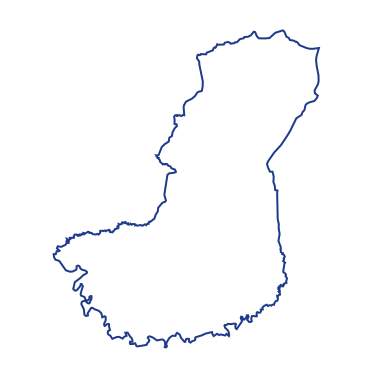 Non Khun, Si Sa Ket, Thailand (orthographic projection), rotated 262°
{"feature_id": "78962969B12242919423404", "entity_name": "Non Khun", "entity_type": "district", "adm_level": 2, "iso_a3": "THA", "parent_name": "Thailand", "parent_adm1": "Si Sa Ket", "projection": "orthographic", "projection_center": [104.683, 14.916], "detail": "fine", "context": "isolated", "style": "outline", "palette": "blue", "viewbox_px": 384, "rotation_deg": 262, "n_neighbors": 0, "source": "geoboundaries", "source_scale": "gbopen_adm2", "svg_char_len": 5847}
<svg xmlns="http://www.w3.org/2000/svg" viewBox="0 0 384 384"><g transform="rotate(262 192 192)"><path d="M316.9,337.7L317.0,331.1L317.5,328.4L318.6,325.5L322.5,318.8L325.1,317.5L326.4,316.1L326.3,315.6L327.7,313.9L328.9,310.1L331.1,309.3L332.6,307.2L338.3,305.6L339.4,304.3L338.1,296.7L333.7,290.2L333.9,285.8L334.9,279.6L337.2,277.9L341.5,276.8L342.1,275.4L339.1,272.3L337.9,269.0L338.2,265.4L337.0,264.5L336.8,260.9L334.0,257.2L334.3,255.6L333.5,254.4L333.5,251.0L334.5,250.3L335.6,248.5L335.2,245.2L333.6,244.0L334.2,238.3L334.8,237.6L331.9,235.7L331.6,235.2L332.1,234.5L331.9,234.0L330.1,232.5L329.4,232.4L327.9,226.0L326.4,225.1L327.3,219.9L326.6,219.4L326.5,218.4L327.2,217.2L326.2,216.2L323.6,215.5L320.3,217.3L317.4,217.0L300.0,218.1L294.9,217.2L290.7,215.8L290.3,212.1L289.1,210.4L286.8,208.6L284.4,204.9L282.3,198.6L279.1,196.2L277.3,195.5L269.1,195.0L269.5,193.8L268.7,192.0L269.9,190.1L269.3,188.0L269.5,187.5L270.3,187.6L270.2,185.7L269.1,184.8L265.6,184.8L262.3,184.2L261.6,184.3L261.2,186.2L259.3,186.2L257.4,183.6L253.7,181.0L250.2,179.9L248.9,177.1L245.1,175.9L243.1,171.5L240.6,168.2L233.3,164.1L232.9,163.1L233.3,161.6L230.7,162.5L230.4,163.7L229.7,163.4L227.9,164.7L226.6,164.5L223.3,167.1L223.7,167.7L223.1,169.0L223.5,169.5L223.3,171.0L222.6,171.7L221.8,171.6L220.2,174.2L218.4,174.9L216.5,178.3L214.2,178.9L213.6,177.4L213.6,171.7L212.2,170.0L193.1,164.2L187.2,165.0L186.0,163.9L185.5,161.2L181.1,156.3L177.7,155.5L174.6,152.9L170.9,151.1L168.2,146.4L168.6,145.4L167.5,144.6L166.6,144.7L166.4,142.4L165.6,142.0L166.5,140.8L165.5,138.2L166.4,136.7L166.3,133.3L166.9,131.8L167.5,131.6L167.2,131.1L167.8,131.1L168.3,130.1L168.5,128.7L168.0,127.9L169.2,126.6L168.5,125.9L168.6,124.2L169.4,123.9L169.3,124.4L169.9,124.4L169.9,122.6L170.5,121.5L170.9,122.1L171.5,122.0L171.3,119.3L170.8,119.0L171.5,118.5L170.0,117.4L169.9,116.1L170.5,115.0L169.6,115.1L168.6,113.7L168.2,114.4L166.6,114.1L166.2,113.3L166.6,112.6L165.9,111.4L166.1,110.7L164.8,109.8L163.9,108.1L163.2,107.8L163.7,105.3L165.3,105.3L166.0,104.9L166.1,104.3L165.6,103.6L165.8,101.8L165.2,101.2L166.0,100.1L165.6,98.7L166.2,97.6L166.3,95.7L164.4,95.4L162.9,93.5L163.7,92.5L163.3,90.7L164.1,87.8L165.5,86.9L165.7,84.7L166.6,84.6L167.1,83.6L165.8,80.6L166.5,78.9L165.2,79.0L165.3,78.5L165.9,78.3L165.9,77.4L165.0,76.6L164.5,75.3L164.5,73.7L165.5,74.3L165.2,72.2L166.0,71.7L166.1,69.9L164.7,68.9L163.6,68.9L163.0,68.5L163.5,66.8L162.9,65.7L163.5,65.3L163.5,64.5L162.2,64.7L161.6,63.3L162.9,61.6L162.0,61.8L161.1,61.1L160.4,63.2L158.6,62.7L159.3,60.7L157.4,59.6L155.9,55.0L156.9,51.5L155.0,50.4L152.3,52.6L151.9,51.7L152.2,49.8L149.4,48.4L149.7,46.4L146.7,46.3L144.0,47.3L142.2,51.0L132.0,56.2L130.0,60.2L129.9,62.9L131.1,66.4L131.9,67.0L134.5,67.4L135.0,68.8L134.2,70.2L132.2,70.7L130.5,72.0L128.9,75.6L127.6,76.8L126.7,76.8L126.1,76.2L124.7,72.6L122.4,69.5L119.0,63.4L112.5,60.9L110.6,62.4L110.6,64.0L114.2,68.1L116.3,69.0L116.3,69.8L113.9,70.8L107.4,67.8L105.9,67.5L104.8,67.8L103.0,70.9L100.1,71.7L99.2,72.9L99.3,74.0L100.5,75.4L102.6,75.9L103.1,77.1L102.9,77.9L101.8,78.0L99.8,77.3L96.2,75.0L96.0,74.2L96.6,73.1L99.1,71.0L99.3,70.2L98.6,67.8L97.4,67.0L96.1,66.9L91.0,68.6L85.4,68.4L84.0,69.8L84.2,71.8L86.4,71.8L91.3,76.1L91.1,77.4L89.4,79.3L87.3,83.2L84.5,85.4L80.4,85.7L81.1,88.1L80.4,89.1L76.9,88.7L73.8,86.6L71.8,86.6L71.4,87.1L72.8,89.1L73.0,90.8L72.7,91.4L69.5,91.1L66.7,91.6L65.8,89.3L63.6,88.9L62.5,89.4L61.1,91.1L57.7,92.7L58.8,96.9L58.7,99.7L56.5,102.9L58.1,104.8L58.7,107.2L61.9,106.4L61.7,108.7L57.3,110.7L55.9,111.8L53.9,112.4L52.0,112.2L52.4,109.9L51.2,109.4L50.0,109.7L49.7,112.1L50.0,114.7L47.1,115.6L46.7,116.6L46.9,125.7L48.8,126.9L49.5,128.2L50.8,129.1L54.0,127.9L54.8,128.7L54.9,130.2L53.5,132.8L49.9,136.7L50.2,141.9L49.4,143.3L46.7,144.6L45.3,144.2L43.7,144.3L42.3,143.4L41.9,144.0L41.9,144.9L42.8,145.7L44.5,145.3L46.4,145.8L50.7,149.3L52.4,152.6L51.8,155.6L53.5,156.4L54.6,157.7L52.5,160.0L49.2,160.8L44.6,163.7L44.6,164.5L47.0,165.5L47.4,167.1L46.8,168.6L44.2,168.3L43.1,169.6L44.1,171.1L44.7,174.0L45.6,174.8L46.9,174.7L47.7,175.6L48.6,181.4L49.9,185.8L50.5,192.3L48.1,192.6L46.3,193.5L48.1,197.0L46.6,198.8L46.9,200.8L45.3,204.8L46.7,206.5L44.2,208.5L45.0,208.9L47.9,208.9L49.9,208.3L52.8,206.0L55.0,205.5L55.7,205.9L55.5,207.3L56.4,209.4L55.7,212.4L55.9,215.2L55.4,217.0L54.9,217.2L53.3,216.2L51.0,216.2L50.0,217.2L56.7,223.3L57.7,223.5L60.4,222.7L61.7,223.4L61.3,224.4L58.6,225.3L58.3,225.8L59.9,228.1L62.2,229.2L62.2,230.3L60.8,230.7L57.7,228.9L55.3,230.6L55.2,232.2L55.6,233.2L58.2,233.0L60.7,234.0L60.7,235.4L59.8,238.6L60.5,239.1L61.9,238.9L63.7,239.4L63.9,240.3L63.0,241.6L63.2,242.9L64.2,243.7L66.0,243.7L65.8,245.7L67.7,245.6L69.3,247.8L70.0,250.3L68.5,251.4L69.1,253.1L68.5,254.7L69.2,255.9L69.0,257.6L70.6,258.2L72.2,259.7L72.5,261.4L74.7,262.4L76.2,261.8L77.4,261.9L77.1,262.9L78.2,264.0L78.2,264.9L80.0,264.9L81.2,264.0L81.6,265.2L83.2,265.0L83.1,264.4L83.8,263.9L84.3,264.9L85.0,264.5L85.0,265.5L85.9,265.9L86.5,265.4L86.8,266.6L87.6,266.9L87.3,267.6L86.0,268.1L86.1,269.0L88.3,270.0L88.4,270.4L87.6,270.3L88.6,271.1L89.0,272.9L89.8,272.6L93.4,274.1L95.8,272.9L96.9,273.6L98.8,272.7L99.7,271.4L100.7,271.3L108.3,273.6L109.0,274.4L111.0,272.6L112.3,273.8L113.7,273.6L114.8,274.9L116.8,274.4L117.6,273.4L118.5,273.5L118.4,272.7L119.1,272.8L120.1,271.6L122.3,271.9L123.0,271.5L123.7,272.1L125.2,272.2L131.5,270.8L138.1,272.9L144.4,272.8L148.0,273.5L153.2,273.1L178.6,276.1L181.6,276.8L182.3,274.7L187.0,274.8L190.6,274.0L196.1,275.1L200.9,274.5L201.3,272.0L205.9,270.6L209.4,270.2L211.9,271.7L219.7,278.9L226.0,286.6L234.9,294.5L238.8,297.7L250.5,305.6L253.1,311.2L255.6,312.5L257.6,314.8L262.0,316.4L263.0,317.2L264.2,319.7L265.2,326.0L267.5,328.5L270.0,330.0L272.5,327.5L275.4,327.5L281.2,331.7L284.1,332.8L290.2,333.5L299.1,333.0L305.2,333.2L308.8,334.1L316.9,337.7Z" fill="none" stroke="#1e3a8a" stroke-width="2"/></g></svg>